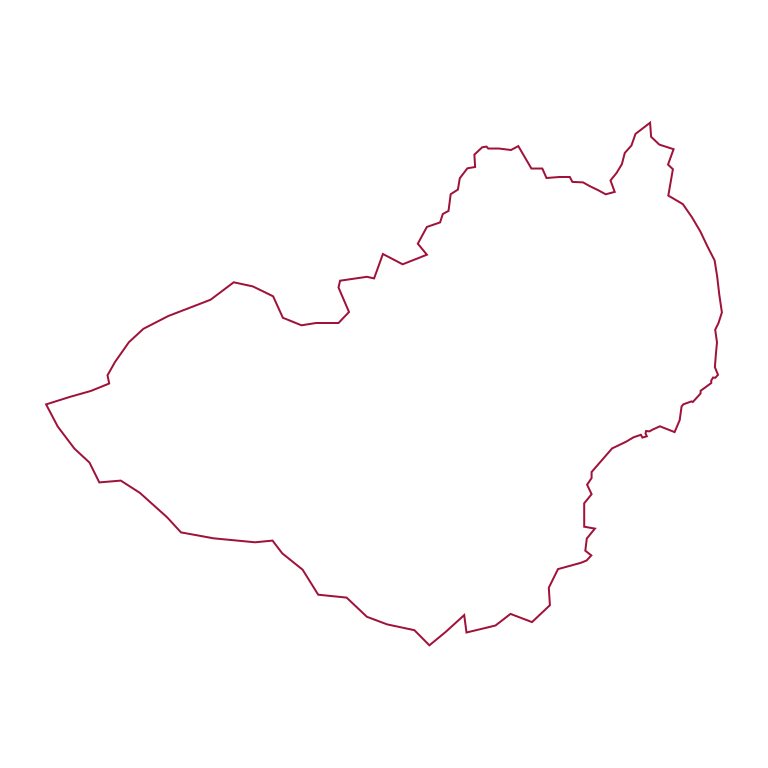 the district of Kedares, Paphos, Cyprus
{"feature_id": "46923920B11025304777915", "entity_name": "Kedares", "entity_type": "district", "adm_level": 2, "iso_a3": "CYP", "parent_name": "Cyprus", "parent_adm1": "Paphos", "projection": "albers", "projection_center": [32.731, 34.831], "detail": "fine", "context": "isolated", "style": "outline", "palette": "rose", "viewbox_px": 768, "rotation_deg": 0, "n_neighbors": 0, "source": "geoboundaries", "source_scale": "gbopen_adm2", "svg_char_len": 1883}
<svg xmlns="http://www.w3.org/2000/svg" viewBox="0 0 768 768"><path d="M340.1,280.7L338.5,287.5L349.0,312.0L338.5,323.0L316.0,323.0L301.5,325.3L282.9,317.8L273.1,296.3L252.8,286.4L233.7,282.3L210.6,299.7L168.3,316.0L143.4,328.8L128.9,342.2L115.0,362.0L107.5,375.3L109.2,383.5L90.7,391.0L69.8,396.9L46.1,404.4L47.0,406.1L57.7,426.5L74.4,448.6L89.5,462.6L99.3,482.4L120.8,480.6L139.9,492.9L167.1,517.3L181.0,532.4L213.4,538.3L255.1,542.3L272.5,540.6L282.3,553.4L302.6,569.7L318.2,594.7L346.6,597.6L366.9,616.8L387.2,624.4L414.4,630.2L427.0,642.9L429.4,645.3L445.7,631.9L464.2,615.1L466.5,632.5L495.5,625.5L510.5,613.9L532.0,622.1L549.9,605.2L548.8,587.7L558.0,569.1L581.2,562.7L586.6,560.5L591.3,555.4L585.3,550.7L586.8,538.5L594.9,528.6L584.2,526.7L584.2,503.3L591.6,494.2L587.1,484.7L591.6,478.0L591.6,472.0L612.1,448.4L626.1,441.7L633.5,437.3L640.9,434.8L642.4,437.6L646.8,436.3L645.5,433.4L646.1,431.0L649.5,431.4L652.4,429.7L659.9,426.3L674.6,432.1L679.7,420.1L681.6,406.4L683.4,404.3L691.5,401.4L692.8,402.0L700.5,393.6L700.7,390.7L711.3,383.0L711.2,380.6L713.1,377.5L715.3,377.8L718.0,374.8L714.9,367.2L715.9,353.9L717.0,342.5L715.2,329.7L718.5,323.0L721.9,312.4L719.3,294.8L717.1,276.0L714.6,260.4L707.4,246.3L700.3,231.4L691.8,217.0L682.8,204.1L668.3,195.6L672.9,169.2L668.0,164.6L673.6,149.2L659.3,144.6L651.1,136.8L650.1,122.7L635.5,133.9L631.4,145.6L624.8,152.9L621.9,164.1L616.6,172.9L610.5,180.4L614.7,191.9L605.7,194.3L598.2,190.2L589.7,186.1L583.1,182.4L572.4,181.9L569.8,177.0L559.3,177.0L546.5,178.0L542.3,168.5L531.4,168.5L518.3,146.1L511.0,150.0L498.7,148.5L488.2,148.5L486.5,146.6L482.2,147.3L477.3,151.9L474.4,154.6L475.1,167.0L467.4,168.3L459.8,178.2L457.9,189.6L450.7,194.2L448.5,210.9L442.8,214.0L440.1,222.4L426.9,226.9L417.8,243.7L426.9,254.7L402.6,264.3L382.9,254.0L374.1,278.4L366.9,276.8L340.1,280.7Z" fill="none" stroke="#9f1239" stroke-width="2"/></svg>